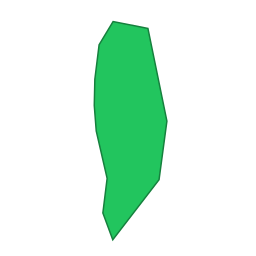 the district of Thermeia, Cyprus, rotated 350°
{"feature_id": "46923920B3571581876318", "entity_name": "Thermeia", "entity_type": "district", "adm_level": 2, "iso_a3": "CYP", "parent_name": "Cyprus", "parent_adm1": "", "projection": "orthographic", "projection_center": [33.331, 35.326], "detail": "fine", "context": "isolated", "style": "filled", "palette": "green", "viewbox_px": 256, "rotation_deg": 350, "n_neighbors": 0, "source": "geoboundaries", "source_scale": "gbopen_adm2", "svg_char_len": 304}
<svg xmlns="http://www.w3.org/2000/svg" viewBox="0 0 256 256"><g transform="rotate(350 128 128)"><path d="M164.9,33.4L131.8,20.6L114.0,41.0L103.8,74.3L98.7,99.9L96.2,125.4L98.7,174.0L88.5,207.3L93.6,235.4L149.6,184.3L167.5,128.0L164.9,33.4Z" fill="#22c55e" stroke="#15803d" stroke-width="1.5"/></g></svg>